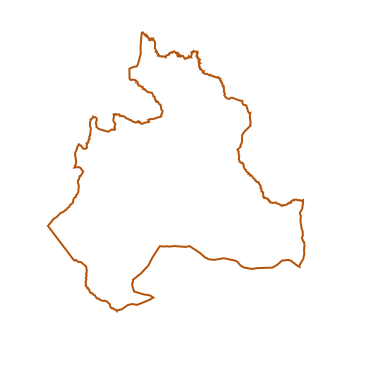 Mbala, Northern, Zambia (orthographic projection), rotated 18°
{"feature_id": "96606910B75728228725802", "entity_name": "Mbala", "entity_type": "district", "adm_level": 2, "iso_a3": "ZMB", "parent_name": "Zambia", "parent_adm1": "Northern", "projection": "orthographic", "projection_center": [31.398, -8.964], "detail": "fine", "context": "isolated", "style": "outline", "palette": "amber", "viewbox_px": 384, "rotation_deg": 18, "n_neighbors": 0, "source": "geoboundaries", "source_scale": "gbopen_adm2", "svg_char_len": 5891}
<svg xmlns="http://www.w3.org/2000/svg" viewBox="0 0 384 384"><g transform="rotate(18 192 192)"><path d="M300.1,165.4L299.0,166.5L297.6,166.7L297.2,166.3L295.2,167.2L294.0,166.9L292.3,167.3L292.0,168.1L291.2,168.5L290.5,168.4L289.2,170.4L289.5,171.2L289.0,171.4L288.5,172.3L287.9,172.1L287.9,172.7L286.4,173.7L286.3,174.4L283.8,176.2L282.5,176.3L281.9,177.5L278.8,176.6L276.3,176.6L275.3,176.0L271.9,177.5L269.3,177.7L269.1,176.8L267.4,176.5L267.3,175.7L266.7,175.1L265.1,175.3L264.6,174.9L262.9,174.8L262.5,175.4L261.8,175.1L261.0,174.1L261.2,173.7L260.2,172.0L260.0,170.7L258.8,169.9L257.9,170.0L256.8,167.2L256.0,167.1L255.5,166.0L255.5,165.0L253.0,163.2L252.8,162.5L252.0,162.1L251.4,162.4L249.4,161.9L249.2,161.4L248.1,161.1L247.8,160.5L245.2,159.5L244.6,158.5L243.6,158.1L242.2,158.4L241.9,157.5L241.3,157.2L240.1,157.5L239.8,156.3L238.0,155.9L236.4,154.7L236.2,154.1L235.4,154.1L234.4,153.3L233.3,152.1L233.3,151.3L232.4,150.4L232.2,149.4L231.0,148.7L230.0,149.2L229.3,148.7L228.3,148.7L226.4,146.4L225.8,143.1L224.3,141.2L224.1,139.4L222.2,137.8L224.3,133.9L223.7,132.9L224.1,129.0L222.2,122.9L222.5,120.6L223.3,118.2L227.2,110.7L226.4,110.0L226.5,108.2L223.7,102.7L223.0,98.7L222.0,99.3L220.5,98.1L216.8,92.8L214.3,93.1L213.0,92.5L211.6,89.7L210.4,90.2L208.4,90.3L201.2,89.9L199.9,90.3L198.9,91.8L197.3,92.2L195.2,91.7L192.9,90.2L192.9,88.3L191.5,87.0L191.1,85.3L189.5,82.7L189.8,82.3L188.6,81.6L188.9,81.2L187.8,80.6L187.1,79.2L186.2,78.9L186.4,78.6L185.8,77.8L184.7,76.9L184.2,77.0L184.0,75.5L182.0,75.6L181.7,74.8L181.0,75.4L180.3,75.1L179.5,75.5L177.0,75.4L176.8,75.1L175.7,75.7L173.7,74.8L172.9,75.7L170.2,75.0L169.6,75.4L167.7,75.6L165.7,74.9L165.8,74.3L165.3,74.8L164.7,73.5L163.4,73.2L162.5,72.3L161.8,72.6L161.3,72.2L160.7,71.4L160.9,70.6L159.6,69.9L159.6,68.4L159.1,68.2L158.9,67.3L159.2,67.1L158.7,67.1L158.6,66.2L158.0,65.8L158.6,65.5L158.3,64.9L158.5,64.1L158.1,64.3L158.0,63.6L156.5,62.6L156.1,63.1L155.4,61.7L154.5,61.8L154.2,60.7L154.6,59.9L153.8,59.2L154.5,57.7L153.7,56.8L151.2,57.6L150.5,58.2L150.4,57.6L149.8,57.4L149.4,58.6L148.3,59.3L149.2,60.8L149.1,63.4L149.6,64.1L148.8,64.1L148.2,64.6L147.1,63.9L146.8,65.7L145.8,65.9L145.6,66.5L144.3,67.4L144.1,66.9L142.9,66.8L141.5,65.4L140.7,65.5L139.5,66.5L138.3,65.4L137.7,65.9L138.0,67.0L136.4,67.4L136.0,66.8L136.5,65.1L136.2,64.3L134.8,64.0L134.3,65.1L131.6,63.7L130.4,64.9L130.3,65.6L129.0,65.5L128.0,66.8L127.4,67.5L127.7,68.5L125.5,70.0L125.4,72.1L123.2,71.6L122.2,72.5L120.4,72.4L119.7,72.9L118.8,72.5L117.7,72.8L117.9,71.9L117.6,71.4L115.8,70.8L115.4,69.7L114.2,69.8L114.4,68.7L112.2,66.7L111.2,62.4L110.4,60.7L107.5,58.3L107.0,58.8L107.1,58.1L105.9,58.6L107.3,59.4L107.0,59.7L105.9,59.8L104.9,60.8L104.4,60.7L103.5,59.0L102.0,58.8L101.4,57.3L100.2,57.9L99.5,56.6L98.9,57.3L95.7,55.4L95.1,56.2L96.2,61.6L98.1,69.3L100.5,76.2L101.1,87.1L100.6,89.6L97.6,91.2L94.4,94.1L97.6,103.6L99.5,104.5L100.5,103.5L103.6,103.1L104.6,103.5L104.7,104.1L104.9,103.8L106.2,104.1L106.7,105.8L107.2,105.9L108.3,107.2L108.8,106.8L110.6,107.5L112.6,107.3L113.3,109.1L114.9,108.7L115.4,109.4L116.5,109.5L119.0,110.7L121.9,110.1L123.5,110.2L125.4,112.2L125.9,113.2L127.0,113.1L128.6,115.8L130.1,116.2L129.9,117.2L132.1,117.0L133.5,118.5L135.2,118.8L137.4,123.1L139.0,124.0L139.3,126.5L138.8,127.8L139.5,129.6L131.9,135.0L129.6,135.6L128.0,137.0L129.6,138.3L129.4,138.7L127.2,139.8L126.5,140.5L125.5,140.7L124.0,142.2L122.9,142.8L121.0,142.3L121.1,141.5L119.3,141.3L119.2,142.0L118.4,141.9L118.1,142.8L117.0,143.3L113.7,143.3L111.5,142.5L110.7,142.7L108.5,142.2L106.8,142.3L105.1,141.4L102.7,141.0L101.5,141.8L100.5,141.3L99.9,141.9L98.5,140.7L96.8,141.6L95.9,141.5L95.6,142.0L94.9,141.6L93.5,142.4L94.4,144.0L94.9,147.9L96.2,149.7L97.8,150.4L98.3,153.0L98.1,153.8L98.5,155.0L99.1,155.1L99.3,155.7L99.2,156.8L96.1,157.5L93.8,160.6L84.0,160.9L80.9,159.6L80.6,158.0L79.3,156.5L79.5,155.8L79.0,154.6L79.2,153.0L78.7,151.5L77.1,150.8L75.3,151.2L74.7,150.9L74.6,152.7L73.1,154.4L73.6,155.1L73.4,156.9L74.5,160.7L76.1,162.5L77.6,169.8L77.1,170.9L78.2,173.2L77.5,173.9L78.1,176.6L77.9,177.3L77.2,177.4L76.6,178.5L77.4,179.3L77.8,181.4L78.4,182.4L77.4,183.7L75.4,184.5L72.6,182.5L69.7,181.6L69.0,184.8L69.2,187.5L68.8,191.7L72.5,198.9L73.0,202.1L72.5,203.2L73.0,204.0L72.7,205.0L76.7,203.3L78.5,203.5L80.4,205.1L82.2,206.0L81.2,211.1L80.3,211.6L80.6,214.8L80.0,216.2L80.7,218.6L82.4,220.9L83.8,226.9L83.5,229.8L82.8,230.7L82.7,231.8L83.1,232.6L81.9,233.9L81.5,235.1L82.0,239.3L79.9,242.4L79.9,244.2L78.4,245.9L78.0,247.7L76.8,248.8L76.0,250.5L73.3,252.8L71.1,257.5L68.7,260.4L65.5,268.8L100.5,293.2L101.8,293.4L102.5,292.5L105.8,293.7L107.2,293.1L108.5,293.1L114.3,295.6L116.2,299.1L116.7,301.2L116.4,302.2L117.6,303.8L117.4,305.4L118.0,306.2L117.8,307.2L118.7,308.0L118.5,310.4L119.7,312.3L119.7,313.7L121.7,315.2L122.4,315.2L122.5,315.9L122.8,315.7L124.7,316.9L125.4,318.5L127.2,319.4L127.6,319.0L129.3,319.5L129.9,320.2L131.6,320.2L133.2,321.8L134.8,322.6L135.1,322.2L137.1,322.5L137.4,322.9L140.2,323.1L141.5,323.0L142.3,322.4L144.7,322.4L148.2,324.0L150.3,327.0L152.0,327.3L152.6,326.9L154.1,327.7L155.7,327.5L157.5,328.6L157.7,327.4L161.6,325.2L165.8,319.4L169.8,317.0L174.7,316.3L184.9,307.7L187.9,304.3L183.8,303.3L177.9,304.3L167.7,304.5L164.9,300.8L163.6,298.2L163.4,296.9L163.8,296.2L162.9,293.8L168.8,284.9L173.3,275.2L174.5,267.0L178.1,253.5L182.1,252.6L184.6,251.4L186.9,251.1L191.8,248.9L202.6,246.3L206.5,244.2L218.8,247.7L224.7,250.2L228.7,250.8L234.0,249.7L242.9,245.1L254.8,243.9L256.9,244.4L261.0,247.0L263.0,247.4L264.8,247.7L272.3,246.8L278.2,244.0L291.7,239.1L295.7,234.8L298.8,229.4L304.9,226.8L307.1,226.8L315.6,229.7L317.3,229.8L316.9,229.3L317.1,227.3L318.5,221.4L318.0,216.4L316.3,212.0L315.4,207.7L313.9,204.8L313.1,204.7L310.6,201.6L310.9,199.1L309.1,194.7L307.5,192.8L304.2,186.4L302.9,181.0L301.3,179.2L301.1,177.9L302.0,173.9L300.7,166.9L300.1,165.4Z" fill="none" stroke="#b45309" stroke-width="2"/></g></svg>